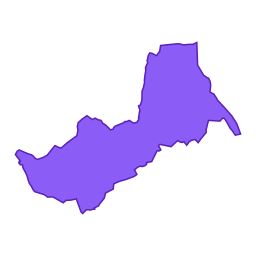 Demsa, Adamawa, Nigeria
{"feature_id": "59680162B45761287530482", "entity_name": "Demsa", "entity_type": "district", "adm_level": 2, "iso_a3": "NGA", "parent_name": "Nigeria", "parent_adm1": "Adamawa", "projection": "natural_earth1", "projection_center": [11.987, 9.411], "detail": "fine", "context": "isolated", "style": "filled", "palette": "violet", "viewbox_px": 256, "rotation_deg": 0, "n_neighbors": 0, "source": "geoboundaries", "source_scale": "gbopen_adm2", "svg_char_len": 2760}
<svg xmlns="http://www.w3.org/2000/svg" viewBox="0 0 256 256"><path d="M210.3,89.3L210.7,85.4L210.0,81.0L208.6,78.2L207.0,77.6L203.5,75.1L199.1,67.6L197.6,65.2L196.8,42.5L192.9,44.3L188.9,44.4L183.5,44.9L179.4,43.8L176.6,43.8L173.2,44.2L169.0,44.6L160.6,45.5L159.7,51.2L156.5,55.7L152.3,53.4L149.8,52.9L148.2,55.8L147.1,60.9L147.2,61.4L147.7,62.8L145.9,66.5L145.5,68.0L145.7,70.4L145.5,72.1L145.0,74.8L144.4,79.9L144.5,82.6L143.6,86.7L143.2,88.4L142.3,90.3L142.0,92.2L142.0,95.6L141.8,100.5L140.8,103.8L140.1,105.1L138.5,105.9L139.0,107.6L139.5,108.8L139.7,109.6L139.7,110.3L139.8,111.0L139.8,111.5L139.6,111.9L139.5,112.1L139.3,112.2L139.5,112.5L139.4,112.9L139.4,113.3L139.3,113.7L139.1,114.0L139.0,115.7L138.7,116.2L138.7,116.7L139.0,117.4L138.8,117.8L138.5,118.0L138.6,118.8L138.7,119.2L138.5,119.8L137.5,121.1L136.9,122.4L133.4,123.1L129.3,120.4L126.2,121.7L125.5,121.5L125.1,121.4L123.7,122.6L121.5,123.6L114.7,126.4L113.5,128.0L113.0,129.2L110.4,129.8L105.8,125.1L103.4,123.6L102.3,122.9L101.7,121.3L100.7,120.2L99.6,120.1L98.0,119.7L95.1,118.1L92.2,119.5L87.0,115.7L83.5,118.1L81.9,119.3L78.3,122.5L77.3,126.6L77.9,129.8L78.0,130.1L76.9,135.3L76.7,135.8L67.5,142.5L61.6,147.7L60.9,147.9L60.2,147.9L59.6,147.7L54.9,145.6L47.2,155.2L43.0,157.5L38.1,159.2L37.3,159.3L35.4,158.5L32.9,155.8L31.8,154.9L28.3,153.9L19.2,150.0L18.3,150.4L17.2,151.2L15.4,154.6L17.1,156.9L18.9,159.1L20.0,160.4L20.2,161.4L19.2,161.3L18.8,163.1L20.1,164.0L20.1,164.6L22.6,165.1L22.9,167.7L23.5,168.8L24.3,170.4L25.2,172.0L26.5,174.6L27.2,176.4L27.9,179.2L29.3,183.2L30.9,185.7L31.4,186.4L32.8,189.2L34.5,191.6L40.6,193.5L44.4,194.7L47.6,197.1L52.8,196.9L56.6,199.0L60.1,201.0L63.2,202.8L66.0,200.4L67.7,200.3L70.9,200.1L76.3,198.9L81.0,211.9L82.7,213.5L86.5,209.7L90.7,210.0L93.1,209.2L94.7,209.2L94.5,208.0L94.9,208.0L95.0,207.7L95.7,207.3L96.7,206.8L97.4,206.4L98.0,206.1L98.7,205.9L99.2,204.5L104.2,198.3L105.6,193.0L113.2,189.1L113.8,183.8L119.3,181.4L126.4,179.3L127.0,179.1L134.0,176.5L136.9,174.5L134.5,169.7L136.4,168.3L137.1,167.6L138.2,167.1L139.9,166.1L142.2,166.6L144.8,165.8L146.7,164.1L146.5,162.6L150.3,161.9L151.7,161.6L157.0,150.9L158.7,150.8L158.9,151.0L159.7,150.6L160.3,150.3L160.8,150.0L159.7,147.7L158.6,146.1L159.0,145.1L160.0,144.4L160.3,144.5L161.0,144.6L165.8,145.6L171.1,146.7L177.5,140.7L180.8,142.3L182.4,142.4L183.9,141.8L186.7,145.2L188.2,143.3L188.6,142.2L189.7,141.6L191.2,140.4L195.1,139.5L198.2,142.7L199.7,140.6L200.7,139.1L206.2,132.4L206.1,129.8L208.5,120.4L220.0,121.1L222.7,118.1L224.5,118.6L226.3,121.4L227.7,123.8L230.1,128.2L232.2,130.6L234.6,134.2L235.3,135.2L240.6,134.0L236.8,123.7L231.8,115.9L225.0,108.2L217.4,100.0L216.3,97.7L214.8,95.6L214.0,94.2L209.9,91.9L210.3,89.3Z" fill="#8b5cf6" stroke="#5b21b6" stroke-width="1.5"/></svg>